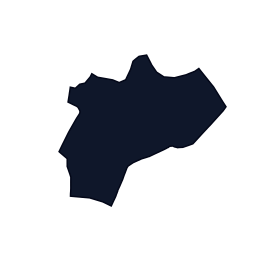 Bani Dabyan, Sana'a, Yemen, rotated 33°
{"feature_id": "15242507B92196142658872", "entity_name": "Bani Dabyan", "entity_type": "district", "adm_level": 2, "iso_a3": "YEM", "parent_name": "Yemen", "parent_adm1": "Sana'a", "projection": "albers", "projection_center": [44.869, 15.05], "detail": "fine", "context": "isolated", "style": "filled", "palette": "ink", "viewbox_px": 256, "rotation_deg": 33, "n_neighbors": 0, "source": "geoboundaries", "source_scale": "gbopen_adm2", "svg_char_len": 1829}
<svg xmlns="http://www.w3.org/2000/svg" viewBox="0 0 256 256"><g transform="rotate(33 128 128)"><path d="M156.4,202.5L155.7,197.7L155.5,196.2L155.4,195.3L155.0,192.5L154.9,191.9L154.7,191.1L154.5,190.3L154.3,189.5L154.2,188.8L154.0,188.0L153.8,187.3L153.7,186.5L153.4,185.8L153.2,185.0L153.2,184.1L153.0,183.4L152.9,182.6L152.8,181.7L151.5,174.0L150.9,171.6L150.2,168.7L150.2,168.4L148.8,162.0L148.8,159.8L151.2,154.2L156.2,146.4L160.0,141.9L160.1,141.5L160.7,141.0L161.2,140.5L164.4,135.3L169.6,127.0L171.3,124.1L171.6,123.4L172.0,122.8L172.4,122.3L172.6,121.5L172.8,120.8L173.2,120.3L173.9,119.9L174.4,119.4L175.0,118.9L175.7,118.7L176.5,118.6L177.2,118.5L177.9,118.3L178.5,118.0L179.3,117.8L180.0,117.5L180.5,117.4L180.8,117.0L184.5,114.3L187.9,110.0L191.0,105.9L192.0,100.0L193.3,92.2L195.0,82.4L195.2,81.7L197.1,69.8L198.4,61.8L198.6,56.8L193.2,54.4L177.5,47.0L158.4,40.7L155.0,39.5L153.2,44.0L152.5,45.0L151.9,45.9L150.5,47.8L149.5,49.2L147.8,51.7L141.7,58.3L139.6,60.6L132.3,64.5L130.4,65.6L121.5,65.6L119.9,64.9L113.6,62.3L111.6,61.1L103.9,56.7L102.5,58.0L98.9,61.3L98.2,62.0L96.7,66.5L95.9,69.3L97.2,73.8L97.4,74.6L97.5,74.8L98.2,77.2L98.8,81.4L99.4,86.0L99.8,88.8L99.2,89.7L95.9,94.7L89.0,96.0L83.1,98.5L81.9,99.0L74.9,102.0L68.1,102.2L68.5,105.6L67.5,113.8L66.1,115.2L63.7,117.6L62.2,123.4L59.2,124.5L57.4,125.2L58.4,127.3L59.1,128.8L59.7,130.2L60.6,132.1L61.1,133.2L62.5,136.4L63.6,138.9L66.8,138.5L68.8,138.3L73.2,137.7L74.9,137.9L75.8,138.4L78.0,139.6L79.1,140.7L79.6,142.6L79.6,147.0L79.6,147.7L79.7,150.1L80.4,162.1L80.6,164.6L82.2,178.5L83.1,185.4L93.7,186.8L96.7,191.4L96.8,191.5L97.9,193.3L104.6,198.5L106.9,200.4L109.7,204.8L110.5,206.0L111.4,207.4L112.8,209.5L114.8,212.9L115.3,213.9L116.9,216.5L133.8,207.5L146.9,203.7L148.3,203.5L156.4,202.5Z" fill="#0f172a" stroke="#020617" stroke-width="1.5"/></g></svg>